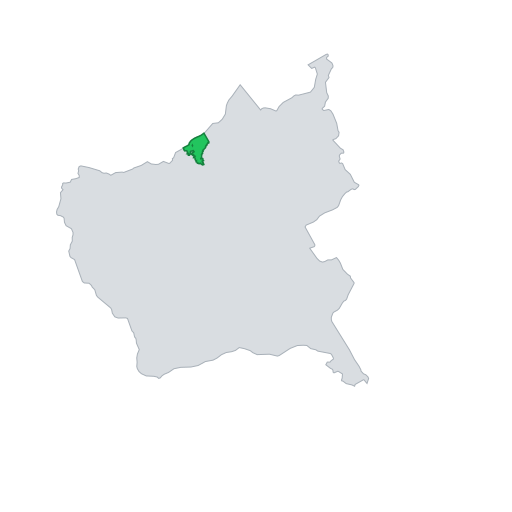 Fizi, Sud-Kivu, Democratic Republic of the Congo shown in context, rotated 240°
{"feature_id": "63176286B21708239892428", "entity_name": "Fizi", "entity_type": "district", "adm_level": 2, "iso_a3": "COD", "parent_name": "Democratic Republic of the Congo", "parent_adm1": "Sud-Kivu", "projection": "albers", "projection_center": [28.45, -4.276], "detail": "fine", "context": "in_parent", "style": "filled", "palette": "green", "viewbox_px": 512, "rotation_deg": 240, "n_neighbors": 0, "source": "geoboundaries", "source_scale": "gbopen_adm2", "svg_char_len": 7491}
<svg xmlns="http://www.w3.org/2000/svg" viewBox="0 0 512 512"><g transform="rotate(240 256 256)"><path d="M412.2,327.9L380.1,333.0L380.7,334.8L380.4,336.7L379.6,338.2L376.3,342.2L371.5,345.8L371.5,346.7L373.9,350.8L375.4,356.4L375.1,366.2L375.7,368.9L375.6,370.9L374.0,373.3L370.7,385.1L372.9,390.8L379.2,396.1L382.9,400.1L389.2,401.5L390.2,401.3L390.6,398.0L395.5,396.7L395.5,417.7L395.1,418.9L394.2,419.1L393.0,418.5L392.7,416.5L391.3,415.6L385.3,418.2L383.7,418.1L382.0,417.7L380.8,416.6L380.5,415.0L376.2,408.9L374.1,408.5L371.7,403.0L362.1,398.9L358.4,398.6L356.5,397.4L354.6,393.1L351.4,390.3L350.7,387.2L350.1,386.7L348.1,387.4L346.5,392.3L344.3,393.4L340.4,393.6L330.5,392.2L323.5,389.7L321.6,389.8L318.8,387.6L317.7,383.8L318.3,380.9L317.8,380.5L307.1,383.0L304.5,384.5L302.1,384.1L301.3,383.3L302.4,381.3L301.8,379.1L301.0,378.1L297.9,377.3L296.8,375.0L294.9,374.7L294.2,375.0L293.8,376.6L292.6,377.2L286.2,376.4L279.6,378.5L270.7,378.0L266.4,380.5L265.8,380.5L264.9,379.2L264.0,375.3L264.4,374.2L265.8,373.4L266.2,371.7L265.7,367.6L266.1,366.6L265.6,364.2L264.2,360.5L262.3,357.4L258.3,352.7L257.5,350.6L257.7,345.3L259.0,337.1L258.8,330.9L257.1,326.9L256.7,322.7L257.7,314.9L256.6,313.0L236.3,312.6L235.4,312.0L235.0,311.0L235.9,306.4L223.5,307.6L219.8,308.6L217.5,310.5L216.8,312.8L216.7,316.2L214.9,319.4L214.4,324.9L211.0,325.5L207.6,325.5L200.9,324.5L194.5,326.1L191.4,327.6L189.7,326.9L183.9,327.6L183.2,327.2L176.4,316.5L173.4,313.0L172.8,311.3L173.0,309.6L172.2,307.4L169.0,301.9L168.4,299.4L168.5,295.4L168.1,294.0L165.3,290.6L163.4,289.5L161.4,288.9L128.1,290.0L117.1,289.5L109.0,290.1L105.0,289.9L103.8,289.4L100.2,290.2L98.3,291.7L95.4,292.5L93.6,292.3L90.1,288.4L94.8,287.6L95.1,287.2L95.2,277.6L93.9,276.3L96.4,274.6L100.4,270.3L104.3,268.7L104.8,267.9L105.7,267.9L107.2,269.6L110.6,271.9L114.8,269.7L115.3,269.2L115.8,265.1L116.8,264.7L118.6,265.5L119.7,265.5L121.5,264.3L126.9,262.1L128.5,264.7L127.1,267.1L127.8,268.8L128.0,271.4L128.9,272.0L133.1,272.2L134.4,271.6L142.7,262.0L144.9,260.9L148.4,257.1L153.1,255.3L155.1,252.3L157.8,247.0L158.9,239.4L158.2,226.3L158.6,224.5L164.2,218.6L170.0,207.7L173.9,204.9L176.9,203.7L181.5,199.7L185.1,195.7L184.5,191.0L185.3,187.1L187.3,182.0L187.8,176.8L187.1,171.2L187.3,166.7L189.9,159.4L190.1,151.1L192.4,144.1L197.2,135.2L199.4,128.6L198.9,122.1L199.5,117.3L199.2,114.5L198.3,112.1L198.7,110.5L200.6,109.9L202.9,107.4L207.0,101.0L211.4,97.9L214.5,96.9L217.8,96.9L219.9,97.5L223.4,99.9L227.4,101.8L230.4,104.3L233.3,108.1L240.3,108.9L243.3,110.3L245.2,110.8L245.8,110.4L247.3,110.6L250.6,111.7L253.2,111.1L266.2,113.5L267.6,112.2L271.2,105.6L273.9,103.3L278.3,103.0L281.8,104.2L283.6,104.2L299.5,98.4L301.6,98.1L307.4,99.5L311.1,98.6L312.7,98.8L315.9,97.8L318.5,93.8L320.7,92.9L343.6,97.1L347.1,95.0L348.8,94.7L353.9,96.3L355.4,98.7L358.5,100.8L360.7,104.3L364.1,106.2L365.8,108.1L367.8,109.3L371.9,109.8L377.2,106.7L381.0,107.0L384.7,108.7L386.0,108.6L388.8,106.8L390.3,104.8L391.8,104.4L393.9,105.3L395.8,107.1L397.3,109.8L403.1,115.7L408.6,118.3L409.9,122.0L411.9,121.6L412.9,122.0L414.4,124.3L415.4,124.7L415.6,125.7L414.2,127.9L412.8,132.0L414.5,134.6L413.1,138.4L412.4,142.2L414.2,143.2L416.5,143.1L418.6,145.1L420.2,145.5L421.9,147.6L421.6,149.4L416.1,155.6L407.9,163.3L405.2,164.3L403.7,165.7L402.7,167.9L400.3,169.8L398.5,170.6L398.4,176.2L395.6,182.0L394.5,183.2L393.0,192.6L393.3,194.2L391.8,201.9L392.0,209.1L388.1,211.3L385.4,214.9L384.2,217.3L384.2,223.1L379.8,226.7L379.4,227.5L380.6,231.6L382.2,232.3L382.2,233.7L385.8,238.1L385.6,251.8L385.8,253.1L387.7,256.3L388.9,262.5L387.5,270.4L392.4,284.8L390.2,290.0L391.3,295.1L394.2,300.4L401.1,305.6L402.9,307.8L404.7,310.6L406.3,315.1L412.2,327.9Z" fill="#d9dde1" stroke="#a8b0b8" stroke-width="1"/><path d="M386.0,247.0L385.6,247.0L384.7,247.0L384.6,246.9L384.2,246.7L383.8,246.7L383.5,246.9L383.4,246.9L383.2,246.7L382.9,246.8L382.7,246.8L382.4,247.4L382.2,248.0L381.9,248.3L381.8,248.5L381.6,248.7L381.2,248.7L380.6,248.5L380.2,248.6L380.0,248.3L379.8,248.3L379.8,248.2L379.7,248.1L379.4,248.0L379.3,247.9L379.1,247.7L378.9,247.7L378.8,247.8L378.7,247.8L378.7,247.7L378.6,247.8L378.6,247.7L378.4,247.8L378.2,248.0L378.1,248.4L378.2,248.6L377.9,248.6L377.6,248.3L377.3,248.1L377.1,248.0L377.0,247.9L376.8,248.2L376.9,248.4L376.6,248.8L376.9,249.0L377.1,249.3L377.2,249.7L377.4,250.1L377.6,250.2L378.2,250.7L378.7,251.3L378.9,251.5L379.0,251.5L379.1,251.3L379.3,251.4L379.4,251.5L379.4,251.8L379.1,252.7L378.9,253.2L378.8,254.1L378.7,254.4L378.6,254.5L378.1,254.3L378.1,254.2L377.9,254.0L377.8,254.3L377.7,254.4L377.5,254.5L377.3,254.6L377.2,254.5L377.2,254.4L377.3,254.1L377.2,254.0L376.9,253.5L376.9,253.4L377.0,253.3L376.9,253.2L377.0,252.9L377.2,252.5L377.2,252.3L377.2,252.2L376.9,252.0L376.7,251.0L376.9,250.9L377.0,250.7L376.8,250.6L376.7,250.6L376.4,250.8L376.2,250.9L376.2,251.1L376.1,251.3L375.8,251.6L375.7,251.8L375.4,252.0L375.1,252.3L374.9,252.4L374.8,252.6L374.7,252.6L374.5,252.3L374.4,252.1L374.4,251.7L374.2,251.8L374.0,252.0L373.6,252.1L373.6,252.4L373.5,252.7L372.9,253.1L372.8,252.6L372.7,252.6L372.6,252.3L372.6,251.6L372.5,251.2L372.4,251.1L372.3,251.3L372.2,251.8L372.1,252.1L371.5,252.1L371.4,252.1L370.6,252.1L370.4,252.0L370.3,251.8L370.3,251.7L370.1,251.7L369.8,251.6L369.7,251.5L369.4,251.5L369.1,251.7L368.9,251.7L368.6,251.8L368.4,251.7L368.3,251.8L368.2,251.8L368.1,251.7L368.1,251.8L368.0,251.7L367.1,251.6L366.3,251.7L366.0,251.6L365.8,251.7L365.7,251.7L365.7,252.1L365.4,252.3L365.2,252.4L364.7,252.5L364.5,252.8L364.4,253.0L364.2,253.2L364.1,253.4L364.1,253.5L364.1,253.9L364.2,254.1L363.7,254.3L363.2,254.4L362.2,254.9L361.7,255.1L361.5,255.4L361.5,255.6L361.4,255.7L361.4,255.9L361.6,256.0L361.7,256.3L361.8,256.4L362.0,256.4L361.9,256.5L362.0,256.5L362.3,256.6L362.5,256.7L362.5,256.8L362.8,256.8L363.0,256.9L363.3,256.9L363.5,256.9L363.9,256.5L364.2,256.6L364.6,256.7L365.1,256.8L365.1,257.0L364.8,257.2L364.9,257.4L364.9,257.5L364.8,257.8L364.8,258.0L365.0,257.9L365.1,258.0L365.4,257.8L365.5,257.9L365.8,258.0L365.7,258.1L365.9,258.1L366.0,258.2L366.1,258.3L366.3,258.4L366.5,258.5L366.7,258.4L366.8,258.4L366.8,258.5L367.0,258.6L367.2,258.4L367.3,258.4L367.4,258.2L367.6,258.0L367.5,257.9L367.6,257.7L367.7,257.4L367.5,257.0L367.6,256.8L367.7,256.7L367.8,256.7L367.9,256.8L368.1,256.9L368.2,257.1L368.3,257.4L368.4,257.8L368.7,258.2L369.9,258.9L370.6,259.5L371.0,259.4L371.1,259.5L371.3,260.0L371.5,260.2L371.4,260.3L371.5,260.4L371.4,260.5L371.5,260.9L371.5,261.0L371.8,261.2L372.3,261.4L372.9,261.6L373.1,261.8L373.1,262.1L373.1,262.6L373.3,262.7L374.1,262.7L374.2,262.8L374.1,263.8L374.4,264.1L374.5,264.4L374.7,265.0L374.9,266.0L375.1,266.5L375.3,266.7L375.5,266.9L375.8,267.0L376.0,267.0L376.1,267.3L376.3,267.4L376.3,267.5L376.3,267.8L376.5,267.9L376.4,268.1L376.5,268.2L376.4,268.2L376.4,268.3L376.5,268.3L376.5,268.5L376.6,268.8L376.8,268.8L377.0,269.0L376.9,269.1L377.0,269.3L377.2,269.5L377.3,269.5L377.4,269.8L377.4,270.0L377.5,270.1L377.6,270.3L377.6,270.5L377.8,270.6L377.7,270.8L377.7,271.0L377.6,271.3L377.6,271.5L377.8,271.4L377.8,271.5L378.0,271.5L377.9,271.7L378.0,271.8L378.2,272.0L378.3,272.0L378.5,272.3L388.4,272.3L388.1,269.7L388.0,268.6L388.1,267.6L388.2,266.1L388.4,264.8L388.7,261.3L388.6,260.3L388.6,259.3L388.5,258.2L388.1,256.6L387.6,255.7L387.2,254.7L386.7,254.2L385.9,253.8L385.9,252.9L385.8,251.7L385.9,250.3L386.0,248.8L386.0,247.0L386.0,247.0ZM383.4,256.2L383.5,256.1L383.7,256.3L383.4,256.3L383.3,256.2L383.4,256.2Z" fill="#22c55e" stroke="#15803d" stroke-width="1.5"/></g></svg>